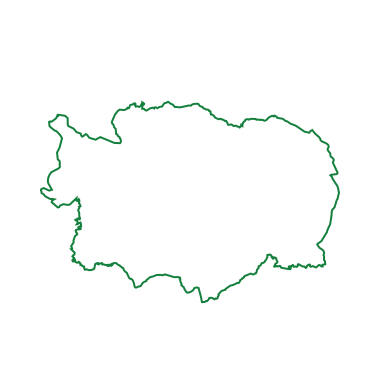 the district of Bukama, Katanga, Democratic Republic of the Congo, rotated 255°
{"feature_id": "63176286B12691977822681", "entity_name": "Bukama", "entity_type": "district", "adm_level": 2, "iso_a3": "COD", "parent_name": "Democratic Republic of the Congo", "parent_adm1": "Katanga", "projection": "mercator", "projection_center": [26.071, -8.833], "detail": "fine", "context": "isolated", "style": "outline", "palette": "green", "viewbox_px": 384, "rotation_deg": 255, "n_neighbors": 0, "source": "geoboundaries", "source_scale": "gbopen_adm2", "svg_char_len": 5919}
<svg xmlns="http://www.w3.org/2000/svg" viewBox="0 0 384 384"><g transform="rotate(255 192 192)"><path d="M288.7,165.1L287.8,163.1L289.1,161.2L289.0,159.8L290.8,159.3L291.5,160.2L291.9,160.2L292.4,159.8L292.6,158.9L292.0,157.5L291.9,154.7L289.7,153.2L289.3,152.6L290.1,151.5L289.0,150.4L288.7,147.5L290.3,143.5L289.6,141.5L286.6,137.5L280.3,132.6L278.6,132.7L277.5,133.5L274.6,133.6L272.7,134.6L267.6,133.8L266.8,134.8L265.3,134.9L263.8,136.2L263.0,136.1L262.0,136.7L259.0,136.4L257.8,135.1L259.5,129.7L268.7,117.7L267.5,112.4L270.9,106.9L274.4,105.4L275.4,104.5L273.8,100.6L274.8,99.7L277.2,99.6L279.7,96.0L283.8,94.1L287.7,89.6L289.3,89.4L295.5,91.0L298.4,89.2L300.9,83.7L301.5,81.4L300.6,82.4L300.0,82.2L299.8,81.0L298.3,79.7L296.3,74.7L296.5,73.6L296.9,73.3L296.7,72.1L292.4,71.4L287.3,74.9L285.4,77.1L281.3,79.3L277.6,80.4L269.2,75.6L264.9,71.8L258.3,70.8L256.2,72.1L253.9,71.8L252.8,71.2L250.8,71.1L250.1,70.6L249.3,69.1L247.5,61.1L245.1,58.5L242.7,56.7L239.9,55.6L237.6,55.4L230.4,57.3L230.3,54.5L234.2,49.7L233.7,47.0L232.5,46.5L231.6,46.7L230.0,46.4L227.8,48.3L226.1,48.9L222.1,53.0L221.4,55.6L220.6,57.1L220.0,54.7L218.5,53.8L211.8,58.4L211.8,59.8L213.1,61.2L213.5,64.6L211.7,68.6L211.5,70.7L216.0,78.9L213.8,78.1L213.3,78.4L213.0,78.9L214.4,80.8L213.8,81.0L212.4,80.9L210.3,79.8L209.2,80.5L207.3,80.6L207.0,79.1L206.1,79.3L204.1,77.4L200.7,77.6L198.1,76.9L195.4,77.0L194.7,76.5L194.9,75.9L195.9,75.5L196.0,74.3L195.5,73.7L195.2,72.1L194.5,72.5L193.9,73.8L191.9,73.7L190.6,72.3L190.5,73.1L191.2,74.4L191.3,76.4L189.2,76.4L188.5,75.7L187.5,76.1L187.2,75.8L187.6,73.5L187.1,73.0L186.4,73.1L186.1,74.9L185.0,74.8L185.5,70.5L185.0,69.7L183.1,69.6L182.2,70.2L180.8,70.2L179.7,67.6L175.9,65.0L174.1,64.7L170.9,61.2L168.7,61.7L168.1,61.4L168.1,60.4L163.8,62.9L162.1,62.3L161.3,60.3L160.6,59.8L158.8,61.1L158.0,61.1L157.7,59.7L157.1,58.8L156.2,58.8L155.6,59.2L156.0,61.4L154.8,61.2L153.5,62.5L153.4,63.3L153.9,64.3L153.2,65.1L152.5,65.0L151.9,65.8L150.4,65.3L149.8,66.6L148.8,66.9L147.9,68.5L146.0,68.1L144.6,68.5L144.6,70.3L143.3,71.9L142.6,74.8L143.0,76.2L142.8,77.0L143.3,77.8L147.4,79.8L147.9,82.0L147.5,83.0L146.6,82.5L146.2,83.2L146.7,84.1L146.6,86.7L146.0,86.9L145.5,86.5L145.1,86.8L144.8,88.3L143.9,89.3L143.5,91.6L142.5,91.3L142.1,91.7L142.3,93.1L141.6,94.9L142.0,95.8L143.0,93.9L143.6,98.0L142.8,100.5L141.2,101.4L139.6,103.3L138.9,103.4L138.0,104.5L137.2,104.7L136.3,105.9L134.7,105.9L132.8,106.6L130.8,108.1L125.4,109.0L124.4,109.5L123.7,111.0L121.8,112.0L119.0,112.3L115.3,112.1L114.4,112.6L114.1,113.6L114.6,115.9L114.3,117.3L114.6,118.4L116.7,120.5L117.6,122.5L117.8,124.8L118.8,125.4L120.6,129.7L120.5,132.7L121.0,136.5L119.9,140.6L119.1,142.2L119.5,144.4L114.4,152.7L113.4,156.6L112.3,158.3L111.3,157.6L110.6,158.1L109.2,157.6L105.5,158.1L104.7,157.6L102.1,159.4L99.6,159.7L96.3,160.9L95.7,162.8L96.1,165.8L96.9,167.7L98.7,169.7L98.5,172.1L97.6,173.5L88.3,173.5L83.1,173.1L82.5,175.7L83.0,177.2L82.7,178.2L83.9,180.3L85.2,181.3L84.7,183.7L82.5,186.1L83.1,187.1L82.6,187.8L82.7,188.7L83.2,189.5L84.2,189.9L85.3,191.1L86.3,191.1L88.8,194.9L89.0,199.1L89.7,199.4L91.6,204.6L91.6,208.1L92.4,211.9L92.0,213.5L93.5,215.4L94.3,215.6L95.0,217.7L95.5,217.9L95.9,219.8L97.1,220.8L98.0,227.5L96.7,229.3L96.4,230.6L97.1,231.9L96.8,232.5L98.2,233.8L100.0,234.6L101.5,236.8L103.0,237.1L103.2,238.9L105.3,241.1L105.1,242.2L105.6,244.0L106.7,244.9L107.3,246.0L109.7,248.0L111.6,248.4L111.7,248.9L111.3,250.0L111.5,250.8L111.0,251.7L110.0,252.2L108.4,252.0L108.0,252.3L108.3,253.2L107.9,253.5L106.7,253.0L106.5,253.4L107.4,254.8L106.2,256.2L104.3,256.0L102.6,256.5L101.9,256.1L100.7,253.5L99.8,253.1L98.8,252.1L98.4,252.6L98.6,254.6L97.8,255.8L98.0,257.5L97.7,258.0L95.8,258.6L93.9,262.4L92.0,266.8L92.8,267.7L94.3,266.1L94.9,266.2L95.1,267.0L94.5,268.6L95.4,270.4L95.1,270.8L93.8,270.7L93.4,271.0L93.2,272.9L92.6,273.7L93.1,275.0L94.6,275.5L94.7,276.3L91.5,279.4L90.9,281.3L89.3,282.2L89.3,282.9L91.1,284.2L91.6,286.6L91.1,287.1L90.3,286.6L89.1,287.2L89.1,289.7L87.3,291.7L87.0,292.4L88.6,295.7L88.3,296.5L86.5,297.9L86.3,299.0L87.9,299.2L87.7,302.0L90.9,302.5L92.1,301.9L95.6,302.9L97.0,302.7L98.7,303.8L100.6,303.9L102.2,303.2L105.3,300.6L108.8,299.4L109.5,299.9L111.0,304.2L118.4,312.0L119.9,312.8L125.3,317.2L133.9,321.0L136.3,321.6L138.5,322.9L140.4,325.8L146.9,329.8L147.4,330.6L153.1,333.7L157.9,334.1L160.3,333.9L168.1,331.3L170.6,331.0L172.3,330.0L172.6,330.9L171.9,336.1L172.1,337.1L173.0,337.6L183.7,335.7L184.4,335.8L185.6,337.0L186.8,337.3L188.5,336.6L190.4,335.1L193.5,335.5L197.4,333.9L198.7,334.3L200.0,335.6L201.2,335.9L202.5,335.6L204.5,334.0L207.3,330.5L209.0,329.5L210.3,329.7L212.2,328.9L216.7,325.9L220.7,324.2L220.0,321.9L218.9,320.6L221.2,316.3L229.2,309.4L232.6,304.7L235.3,302.5L236.7,300.5L239.2,298.7L241.6,293.5L242.8,293.3L244.5,291.3L243.8,290.6L244.9,289.0L244.1,285.4L242.2,282.4L242.1,280.3L243.4,278.9L243.6,277.5L244.1,277.1L244.2,275.8L245.3,273.7L245.1,273.0L246.2,272.0L247.5,267.5L247.1,265.7L247.9,264.8L248.1,262.4L246.8,261.5L246.6,260.5L245.8,259.3L245.3,259.2L244.9,258.5L242.8,257.8L244.1,256.9L243.0,256.4L242.0,254.8L242.7,254.4L243.4,252.8L244.3,252.2L244.9,250.8L244.9,249.3L247.0,247.6L247.4,244.7L247.9,244.1L249.8,244.0L251.8,243.4L252.1,242.1L253.6,241.1L254.2,239.7L254.9,239.4L255.5,237.7L255.4,236.6L257.7,233.7L258.6,233.2L259.5,233.2L261.6,231.4L262.1,230.3L265.1,230.7L265.6,229.6L266.5,229.6L267.5,228.6L267.9,227.2L269.2,225.6L270.6,224.3L271.5,224.1L272.5,222.4L273.6,221.5L275.4,220.9L275.8,220.3L276.6,216.5L276.4,214.5L275.7,213.4L276.4,211.3L276.8,202.6L278.7,197.3L281.2,196.2L283.4,193.7L285.2,192.5L285.3,191.8L284.8,190.3L285.0,188.9L284.7,188.0L282.3,185.1L282.6,182.6L281.9,180.3L283.3,178.7L283.3,177.7L282.5,177.1L283.6,176.0L283.7,173.3L282.4,169.2L283.2,168.0L284.5,167.4L285.0,166.8L285.3,165.4L288.3,166.4L289.0,168.2L289.8,168.6L291.5,167.2L290.5,166.9L289.9,165.8L288.7,165.1Z" fill="none" stroke="#15803d" stroke-width="2"/></g></svg>